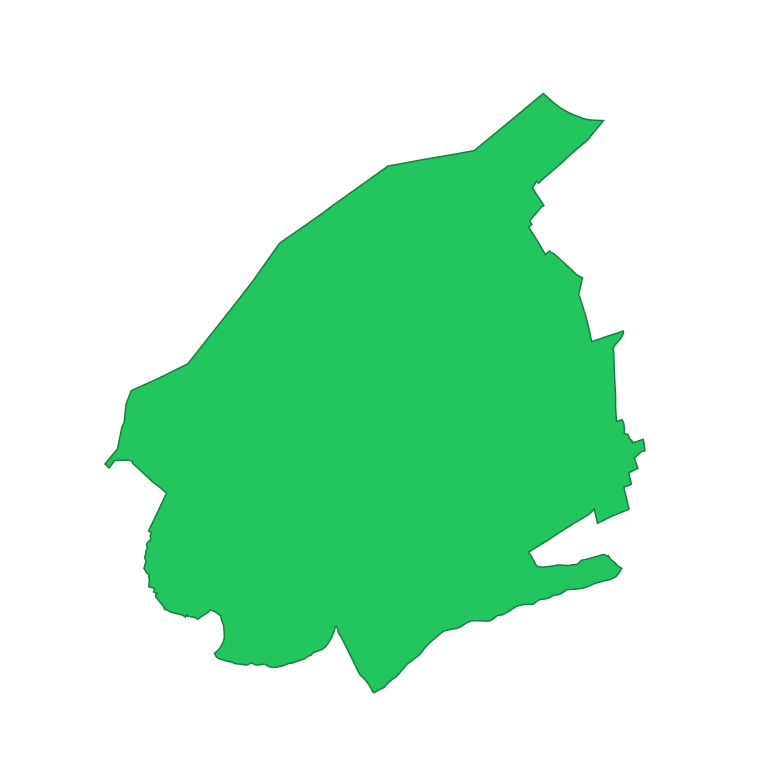 Hemeius, Bacau, Romania, rotated 277°
{"feature_id": "2599482B10369787235709", "entity_name": "Hemeius", "entity_type": "district", "adm_level": 2, "iso_a3": "ROU", "parent_name": "Romania", "parent_adm1": "Bacau", "projection": "natural_earth1", "projection_center": [26.841, 46.628], "detail": "fine", "context": "isolated", "style": "filled", "palette": "green", "viewbox_px": 768, "rotation_deg": 277, "n_neighbors": 0, "source": "geoboundaries", "source_scale": "gbopen_adm2", "svg_char_len": 6080}
<svg xmlns="http://www.w3.org/2000/svg" viewBox="0 0 768 768"><g transform="rotate(277 384 384)"><path d="M309.4,129.1L287.2,127.4L270.6,116.8L267.1,121.3L275.3,126.1L276.1,131.6L276.9,136.4L277.2,138.9L277.3,140.3L277.0,142.0L276.9,143.2L274.5,144.2L271.8,148.4L268.3,153.1L265.0,157.5L262.7,160.9L260.3,164.0L258.9,165.9L257.0,169.1L255.2,172.3L253.0,175.9L251.0,178.4L249.5,181.5L223.9,173.1L209.4,168.2L207.8,171.5L205.2,170.4L201.1,171.4L199.3,169.6L196.0,167.8L192.3,169.2L189.4,168.0L186.3,168.2L182.6,167.5L178.8,169.5L177.1,169.0L171.8,168.2L167.6,171.4L166.0,174.2L163.5,174.0L162.9,174.6L160.4,174.9L154.1,175.3L153.9,177.3L153.6,178.3L153.6,180.3L152.6,181.2L151.2,180.8L149.4,180.7L148.4,184.6L147.1,183.0L144.9,183.4L140.2,188.2L136.7,192.0L133.6,193.7L133.4,195.5L131.6,200.3L130.5,208.7L130.0,212.5L128.5,215.3L130.1,215.5L130.7,216.6L129.5,217.1L129.4,217.9L129.9,218.4L129.8,219.4L129.5,221.0L129.2,221.7L129.3,223.5L129.2,225.3L128.4,226.6L127.7,227.5L136.8,238.2L138.6,238.7L137.6,243.7L136.4,246.1L134.0,250.2L130.6,251.2L124.5,254.3L118.2,255.6L113.0,256.4L109.0,256.0L106.6,255.2L105.1,254.7L102.7,253.6L100.6,252.5L98.8,251.2L97.1,249.5L96.1,248.5L94.7,249.5L93.6,250.2L92.7,251.2L91.5,253.2L91.0,255.0L90.7,257.1L90.1,259.6L90.1,260.5L89.6,263.2L89.5,264.3L89.6,266.0L89.0,267.9L88.4,269.6L88.3,273.0L88.5,276.4L88.3,280.4L88.3,281.4L88.8,282.8L89.7,284.2L90.1,285.0L90.6,285.3L90.9,286.1L90.9,288.1L90.1,289.0L89.7,290.2L89.7,292.6L89.8,294.1L90.5,296.0L90.9,296.8L91.2,298.7L91.2,300.1L91.0,301.3L90.1,302.6L89.6,303.9L89.1,306.7L89.2,308.7L89.5,310.7L89.8,312.0L90.1,313.1L91.0,314.4L91.1,315.9L91.7,317.4L92.9,319.5L94.0,321.8L95.0,323.5L95.3,324.3L95.4,324.8L95.7,326.7L96.3,328.1L96.9,328.6L97.3,329.7L98.1,331.6L98.9,333.3L100.2,335.4L100.9,337.5L101.7,338.8L103.4,340.5L104.4,341.7L105.9,344.5L108.7,346.6L110.0,348.9L111.6,352.4L113.6,355.4L116.1,358.0L120.3,360.3L126.2,363.0L132.8,364.7L135.3,364.9L137.0,365.4L137.7,366.5L135.1,367.8L132.7,368.6L131.0,369.3L129.3,370.9L126.9,372.9L115.2,380.6L110.2,383.8L105.4,387.1L103.5,388.2L97.2,392.3L93.6,394.7L91.8,396.4L90.1,398.9L88.2,401.3L83.9,405.4L81.9,407.1L78.4,409.4L76.3,411.2L78.0,413.8L79.4,415.5L80.5,417.5L81.8,419.7L83.4,421.6L87.3,424.1L90.5,426.9L91.9,428.3L93.4,430.1L94.6,431.5L95.9,432.3L97.0,433.1L97.9,433.8L98.8,434.7L101.6,436.2L104.3,438.2L108.8,441.2L110.6,443.0L112.3,445.0L113.0,445.6L114.2,446.7L116.4,449.0L118.8,451.4L121.8,453.8L127.2,456.8L129.3,458.3L133.5,461.4L136.5,464.5L141.7,469.1L142.4,469.7L144.6,471.9L146.2,473.8L147.6,477.5L148.8,480.7L149.4,482.7L150.2,485.8L152.2,489.4L154.2,491.9L157.0,495.2L159.7,500.0L160.4,505.3L160.6,508.5L161.0,512.2L161.3,515.7L161.9,518.1L163.4,520.2L166.2,523.1L168.2,524.9L168.6,526.5L169.2,529.7L171.3,532.4L173.8,536.0L176.2,538.6L179.3,542.4L180.5,544.6L181.1,546.9L182.6,550.7L183.3,558.4L185.1,560.6L187.0,562.1L188.1,563.5L188.7,564.5L189.4,566.2L190.3,570.2L191.6,573.2L193.3,575.9L194.5,577.3L195.3,579.6L195.8,581.5L196.5,583.1L197.7,585.4L199.5,587.7L201.1,589.4L202.2,590.3L203.5,598.4L204.5,602.3L205.5,606.2L207.7,610.9L211.3,616.9L213.0,620.5L215.5,626.6L216.9,630.8L217.5,632.4L220.9,637.5L223.3,639.2L225.7,640.5L226.1,640.7L230.0,642.5L230.6,641.3L231.4,639.4L232.4,637.6L233.8,636.0L235.0,634.9L236.5,631.7L239.3,628.7L241.0,627.7L240.3,626.9L240.6,625.5L241.5,624.0L241.4,622.4L240.9,620.4L239.9,618.7L238.5,615.3L235.1,607.5L233.1,601.4L228.7,598.0L227.4,592.6L226.2,589.1L226.1,584.8L225.8,583.7L226.0,581.6L225.4,577.6L224.4,575.5L223.2,571.0L222.0,565.7L221.5,563.9L221.7,559.1L222.2,557.6L223.3,556.5L226.3,554.6L229.1,552.5L231.9,550.6L234.6,547.8L245.4,561.2L250.0,567.0L257.7,575.9L260.9,579.8L264.1,583.8L266.3,586.5L269.0,589.5L270.5,591.7L276.7,599.7L279.2,602.7L280.8,604.3L283.1,606.2L285.5,607.9L275.3,611.6L271.7,612.8L281.2,627.3L283.8,632.2L289.6,642.5L310.8,634.6L312.1,637.2L313.0,639.0L314.7,641.8L317.3,640.8L322.1,639.0L325.8,637.9L327.6,640.7L330.2,644.5L331.2,646.3L340.9,641.5L345.4,645.3L348.6,648.2L349.6,651.2L357.5,649.1L360.7,648.0L357.4,641.3L357.3,641.1L355.9,637.8L357.5,637.5L358.6,636.1L358.9,635.4L359.1,634.7L360.6,634.2L360.4,633.9L363.6,632.6L363.9,630.1L364.2,628.4L367.4,628.3L371.1,627.5L372.4,627.3L374.5,626.5L375.7,626.0L375.6,625.6L376.4,625.3L377.6,624.7L375.3,619.3L377.6,618.9L384.4,617.6L388.5,616.8L391.5,616.4L396.0,615.9L400.4,615.3L405.7,614.5L409.8,613.6L414.3,612.8L430.7,610.1L434.8,609.5L444.9,607.9L445.9,607.4L446.6,607.3L447.8,607.4L449.3,607.7L450.6,608.4L452.4,609.6L453.7,610.5L456.2,612.3L458.8,613.7L461.3,614.8L464.2,615.5L465.8,614.9L463.7,610.7L457.7,598.0L454.9,592.4L451.8,586.1L451.3,585.0L463.2,580.9L468.0,579.1L475.6,576.1L494.2,567.8L496.1,566.3L500.3,566.7L508.2,567.5L513.7,568.0L514.2,566.1L516.2,561.6L518.1,559.0L520.2,556.4L521.6,554.4L523.9,551.1L526.1,548.2L527.7,545.9L529.5,543.1L533.6,537.3L534.1,536.6L534.7,534.9L534.6,533.9L535.1,533.3L536.3,532.3L533.8,529.8L532.1,528.6L532.9,527.9L533.9,527.1L535.3,526.1L536.4,525.2L537.6,524.2L539.9,522.5L543.7,519.7L547.9,516.2L557.6,508.4L560.4,511.3L563.8,508.7L567.2,511.0L571.0,513.6L577.8,517.9L579.1,518.9L580.5,520.9L583.6,518.5L587.4,515.2L590.1,512.9L592.0,511.3L593.8,509.8L594.0,509.9L596.9,507.4L602.2,510.1L603.6,510.8L603.9,511.0L603.2,511.8L602.8,512.4L602.2,513.0L603.1,513.7L605.5,515.6L607.3,517.1L611.8,521.3L614.7,524.1L620.8,529.5L623.0,531.5L626.2,534.4L629.4,536.8L631.3,538.4L633.5,540.4L635.7,542.4L639.0,545.3L641.0,547.1L642.8,548.8L645.6,551.4L647.2,552.9L650.3,555.8L652.4,557.3L655.2,559.0L657.9,560.7L660.2,561.9L662.2,563.3L665.3,565.4L668.9,567.7L672.2,569.6L671.5,561.5L671.3,556.9L671.5,552.4L671.7,549.1L672.7,546.6L673.3,543.3L674.2,539.9L674.9,537.2L676.7,532.1L678.5,527.8L680.7,523.5L683.0,519.5L685.5,515.6L689.0,510.7L691.7,506.7L691.0,506.0L674.6,490.4L672.6,488.7L626.7,445.2L621.1,427.4L611.3,394.8L600.8,361.4L555.6,312.1L546.9,303.1L542.4,298.2L511.0,263.2L468.8,240.5L447.6,227.8L380.1,186.8L361.2,158.0L346.6,133.9L332.4,130.4L322.0,130.6L314.2,130.7L309.4,129.1Z" fill="#22c55e" stroke="#15803d" stroke-width="1.5"/></g></svg>